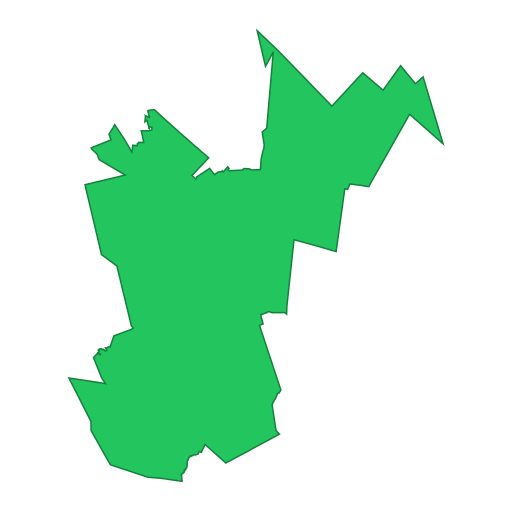 the district of Villa Juárez, San Luis Potosí, Mexico
{"feature_id": "50627088B60743344831713", "entity_name": "Villa Juárez", "entity_type": "district", "adm_level": 2, "iso_a3": "MEX", "parent_name": "Mexico", "parent_adm1": "San Luis Potosí", "projection": "equal_earth", "projection_center": [-100.218, 22.295], "detail": "fine", "context": "isolated", "style": "filled", "palette": "green", "viewbox_px": 512, "rotation_deg": 0, "n_neighbors": 0, "source": "geoboundaries", "source_scale": "gbopen_adm2", "svg_char_len": 4671}
<svg xmlns="http://www.w3.org/2000/svg" viewBox="0 0 512 512"><path d="M423.1,76.9L422.1,77.7L417.5,82.0L415.3,83.6L400.6,65.7L383.1,90.2L362.9,72.9L362.7,72.8L359.7,76.0L357.2,78.7L354.6,81.6L351.6,84.8L349.7,86.9L347.8,88.9L346.0,90.9L344.2,92.9L342.2,95.0L339.6,97.8L335.4,102.3L331.9,106.1L308.9,82.4L308.2,81.6L294.2,67.2L277.4,49.9L257.2,30.7L265.5,66.4L273.3,51.9L268.0,113.0L267.1,123.6L266.7,128.3L262.2,132.0L264.0,143.7L264.2,144.3L263.9,148.1L263.2,150.2L261.2,158.3L260.4,169.5L251.9,170.0L250.4,169.4L249.5,168.9L244.1,168.5L243.4,169.1L242.8,169.7L242.0,170.1L233.5,170.5L231.7,170.6L228.8,170.7L228.8,170.1L228.1,169.5L228.5,169.1L229.0,168.4L227.8,166.8L226.7,168.0L224.4,170.7L223.5,171.8L223.2,171.6L222.3,170.8L221.8,171.7L221.7,171.7L220.2,171.7L219.2,171.9L217.9,172.2L216.9,172.9L214.4,174.6L211.2,170.5L209.6,168.4L206.4,170.5L203.4,172.5L200.2,174.6L197.0,176.8L195.8,179.2L192.0,175.5L193.8,173.6L196.2,171.1L199.4,167.6L201.1,165.9L203.5,163.4L205.8,160.9L208.7,157.8L203.4,153.2L201.8,152.1L197.4,147.8L196.4,147.2L195.5,146.5L195.0,146.1L193.2,144.5L190.6,142.1L186.4,138.4L179.0,132.0L178.5,131.5L171.8,125.5L159.0,114.0L156.8,111.8L154.4,109.8L154.1,109.6L148.6,110.4L148.6,110.9L147.8,111.0L149.4,117.3L149.2,117.4L147.8,116.7L145.4,115.6L145.5,115.9L144.9,121.8L146.8,120.3L147.5,122.4L149.1,127.8L148.8,128.2L149.4,128.7L149.8,126.9L151.8,127.3L151.9,129.9L149.4,130.6L149.3,130.8L146.0,130.8L143.1,130.8L141.2,130.8L142.6,136.6L143.7,142.5L138.8,142.3L138.7,143.4L137.4,143.4L137.2,145.6L132.8,145.2L131.9,152.0L124.4,139.3L114.7,124.6L114.5,125.0L114.1,125.7L113.7,126.6L113.3,127.4L112.6,128.4L112.1,129.1L111.8,129.7L111.0,130.9L110.0,132.6L109.0,134.1L109.0,134.4L109.0,134.6L109.2,135.0L109.3,135.1L109.6,135.5L109.8,135.6L110.0,136.1L110.0,136.5L109.9,136.8L110.0,137.1L110.0,137.4L110.2,137.8L110.4,138.3L110.7,139.0L110.9,139.5L111.0,139.9L91.2,147.8L91.8,148.9L91.9,149.3L95.6,152.7L97.6,154.9L98.1,157.0L98.5,158.1L98.8,158.9L99.2,159.6L100.8,160.6L125.1,175.0L118.1,176.8L88.0,184.0L85.0,184.7L101.5,254.6L116.9,266.0L131.0,324.4L131.3,325.7L133.3,328.3L130.0,329.9L113.9,335.8L110.1,347.0L109.2,346.6L107.3,347.5L107.0,347.7L106.6,347.9L105.5,347.9L106.7,350.3L105.6,350.9L105.2,350.9L104.7,350.7L103.7,349.3L102.9,349.8L102.5,349.4L101.7,348.8L99.8,348.9L99.5,349.6L98.9,349.4L98.7,349.7L98.5,349.9L98.2,350.1L99.0,351.0L99.1,351.7L98.3,352.6L98.2,352.6L98.8,353.5L99.5,353.7L100.4,354.3L100.4,354.7L97.6,353.5L97.6,353.2L93.5,357.6L101.7,378.0L105.5,383.6L100.5,382.8L68.9,378.0L81.4,402.6L88.6,416.8L91.0,421.6L91.1,430.6L100.7,447.7L110.4,464.8L148.2,477.3L160.0,478.2L182.1,481.3L181.7,477.1L181.7,476.8L181.7,476.6L181.6,476.3L181.6,476.0L181.5,475.9L181.6,475.7L181.5,475.1L181.4,475.0L181.3,474.8L181.6,474.5L181.6,474.2L181.8,473.9L182.2,473.9L182.6,473.7L182.8,473.6L182.8,473.4L182.7,473.2L183.0,473.1L183.1,472.9L183.4,472.8L183.6,472.6L183.8,472.6L184.0,472.4L184.1,472.2L184.3,471.9L184.5,471.6L184.5,471.3L184.3,471.0L184.2,470.8L184.0,470.7L184.0,470.4L184.1,470.2L184.3,470.1L184.5,470.1L184.9,469.8L185.0,469.6L185.3,469.6L185.5,469.8L185.7,469.6L185.8,469.3L185.8,469.0L185.8,468.7L186.1,468.5L186.2,468.4L186.3,468.2L186.5,467.9L186.8,467.7L186.8,467.3L186.7,467.2L186.7,466.9L186.7,466.6L187.0,466.3L187.2,465.0L187.1,464.3L187.2,463.5L187.2,462.7L187.2,462.4L187.1,461.8L187.3,461.3L187.4,460.9L187.7,460.6L188.0,460.3L187.9,460.1L188.0,459.8L188.3,459.4L188.4,459.0L188.5,458.5L188.5,458.0L188.7,457.8L188.9,457.3L189.2,457.3L189.5,457.1L189.8,456.5L190.2,456.0L190.3,456.2L190.6,456.5L190.9,456.5L191.2,456.3L191.3,455.9L191.7,455.7L192.0,455.7L192.2,455.8L192.5,455.7L192.6,455.4L193.0,455.2L193.8,454.9L194.0,454.9L195.2,455.0L196.1,454.7L196.9,454.4L198.2,454.0L199.1,451.4L201.2,452.4L204.3,446.1L205.1,444.5L225.8,463.0L240.1,455.4L248.8,450.8L251.1,449.4L253.6,448.0L253.9,447.9L255.5,447.0L258.4,445.5L279.5,434.1L276.1,430.7L272.3,406.2L272.1,404.7L272.6,403.6L273.1,402.6L273.4,401.8L273.9,401.2L274.1,401.0L274.1,400.4L274.3,400.0L274.7,399.6L275.2,399.0L275.5,398.3L275.7,397.7L275.9,397.5L276.1,397.2L276.1,396.9L276.2,396.6L276.5,396.1L276.7,395.9L276.8,395.6L276.8,395.2L277.3,394.3L277.9,393.4L278.2,393.0L278.9,393.1L279.1,392.9L279.1,392.4L279.3,392.2L279.9,391.8L280.8,389.8L259.5,325.4L263.1,323.9L261.4,317.8L260.8,314.7L267.0,312.6L267.2,312.1L269.0,311.6L272.1,312.7L284.7,312.6L286.6,314.1L286.9,306.2L294.0,239.7L316.9,246.0L336.1,251.6L344.8,188.8L347.6,189.4L349.9,184.0L361.8,185.5L364.4,186.0L366.4,186.4L368.2,186.5L368.9,186.5L371.6,181.4L382.9,161.5L397.2,136.2L409.6,114.3L443.1,143.8L441.3,137.8L423.1,76.9Z" fill="#22c55e" stroke="#15803d" stroke-width="1.5"/></svg>